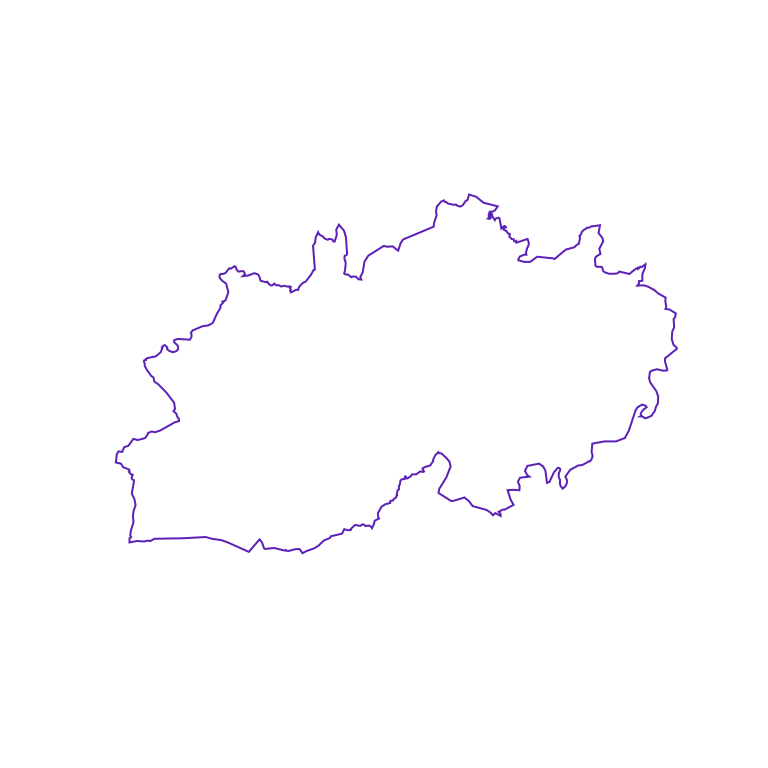 the district of Zontecomatlán de López y Fuentes, Veracruz, Mexico, rotated 337°
{"feature_id": "50627088B36789256479766", "entity_name": "Zontecomatlán de López y Fuentes", "entity_type": "district", "adm_level": 2, "iso_a3": "MEX", "parent_name": "Mexico", "parent_adm1": "Veracruz", "projection": "mercator", "projection_center": [-98.302, 20.736], "detail": "fine", "context": "isolated", "style": "outline", "palette": "violet", "viewbox_px": 768, "rotation_deg": 337, "n_neighbors": 0, "source": "geoboundaries", "source_scale": "gbopen_adm2", "svg_char_len": 6159}
<svg xmlns="http://www.w3.org/2000/svg" viewBox="0 0 768 768"><g transform="rotate(337 384 384)"><path d="M298.9,228.5L299.1,226.3L298.4,225.0L293.8,223.6L293.1,221.1L293.2,217.8L292.5,217.2L287.9,218.0L286.7,217.0L281.5,219.9L278.4,219.7L276.9,218.9L275.4,219.4L274.2,221.5L274.3,222.5L275.5,226.0L277.9,229.8L276.7,238.5L271.4,244.5L269.7,245.4L267.5,245.0L267.7,246.3L264.2,247.7L263.1,250.1L257.7,254.0L250.1,261.0L244.9,261.4L239.7,259.9L228.9,259.9L226.2,261.4L226.3,262.9L225.1,265.5L222.7,267.4L211.8,262.0L208.1,261.6L207.2,263.3L209.2,268.4L208.1,271.6L205.6,272.6L201.9,272.2L199.0,269.2L197.9,267.0L198.9,265.6L197.5,262.5L195.2,262.6L194.9,263.3L193.7,263.6L193.8,264.6L190.8,267.5L184.7,269.4L176.6,267.7L174.7,267.9L174.4,268.9L172.7,268.5L171.8,269.1L171.8,271.1L170.8,274.1L171.1,277.4L172.9,285.7L174.3,287.6L173.6,292.2L176.0,295.8L180.2,306.5L183.5,319.1L181.9,325.3L179.6,326.8L181.2,330.1L180.9,333.6L181.6,335.8L180.8,338.1L176.6,337.5L159.2,339.4L154.4,338.9L151.4,336.9L148.5,336.9L147.3,337.1L146.7,338.2L143.2,340.3L140.7,340.2L135.3,339.3L131.9,336.6L124.5,341.0L120.3,340.6L116.4,344.2L113.3,342.3L110.7,344.1L106.5,351.5L110.8,354.6L111.3,358.5L116.0,363.2L115.7,365.0L114.8,365.2L115.7,368.1L117.2,369.3L114.9,371.8L114.9,373.3L116.1,374.7L116.0,375.6L109.0,386.4L109.3,392.1L108.1,398.3L103.6,403.4L101.3,407.5L99.3,413.5L93.8,419.9L91.2,424.4L91.5,426.1L89.4,426.7L87.8,430.4L95.3,432.0L101.3,435.1L105.7,436.0L107.3,437.3L111.9,436.8L113.8,437.4L138.3,447.3L160.1,455.2L165.3,459.4L173.2,464.1L178.3,468.8L194.0,485.7L208.7,478.4L209.8,482.0L209.4,488.3L210.2,489.4L218.9,492.1L227.7,498.7L228.7,498.4L229.0,499.3L230.9,500.4L238.4,501.5L241.8,503.0L242.9,507.9L247.1,507.5L255.6,508.0L260.5,507.2L267.7,504.5L274.2,504.6L275.5,503.4L286.4,505.3L287.3,505.1L290.7,502.1L293.7,504.6L296.4,505.4L297.0,504.3L302.4,502.5L306.6,505.3L309.3,504.8L310.8,505.8L311.5,507.6L314.7,508.3L316.5,510.6L316.7,512.0L319.9,509.1L322.0,506.2L326.8,505.9L326.7,504.1L327.8,500.6L333.6,496.1L337.9,495.2L343.3,495.9L344.0,494.2L346.9,494.7L347.7,493.9L351.0,493.1L351.6,491.9L352.6,491.7L352.8,490.2L355.3,486.9L356.7,486.7L357.8,483.8L359.4,482.6L361.4,479.3L363.0,478.7L365.5,479.4L367.3,477.3L367.9,477.5L367.6,479.8L368.4,480.0L372.6,479.4L374.4,478.2L378.5,479.7L383.3,478.6L385.5,480.2L386.6,480.2L386.4,476.8L389.1,476.4L394.7,477.0L399.1,474.2L399.6,472.9L403.1,469.8L407.3,468.0L407.2,468.9L409.6,470.2L412.5,476.5L413.9,480.9L413.2,485.8L404.8,494.4L393.9,502.1L391.6,505.6L400.1,517.9L401.9,518.6L413.7,519.9L416.4,524.9L417.9,531.0L429.3,540.1L431.8,544.0L433.0,547.4L436.0,546.3L439.8,551.0L440.6,548.7L439.6,546.5L444.2,546.0L446.0,546.8L456.0,545.9L455.4,539.7L456.3,530.0L462.1,532.1L467.1,534.7L469.0,530.9L469.1,526.3L472.6,523.4L481.6,526.1L480.2,523.7L479.8,519.2L484.0,515.4L495.6,517.9L498.3,522.1L498.7,526.8L495.4,538.7L498.1,538.8L505.9,531.7L511.3,529.1L512.4,529.8L513.0,531.0L512.4,532.3L510.0,534.5L508.4,538.1L508.6,541.0L506.9,544.7L506.7,547.2L507.6,550.1L511.2,549.0L513.4,546.9L514.9,544.1L514.8,540.0L522.0,535.7L531.1,534.9L535.1,536.1L543.0,535.2L543.3,535.6L545.2,534.8L547.9,531.9L548.5,527.7L552.5,520.3L564.6,523.0L575.1,527.5L584.6,527.8L591.2,522.6L605.0,506.8L608.3,504.5L613.6,503.8L616.5,506.4L616.7,508.0L612.7,509.0L610.1,510.5L608.5,511.8L608.6,513.9L607.3,514.0L609.1,514.9L610.9,517.5L612.2,517.9L617.7,517.8L622.5,514.8L625.7,511.0L628.6,508.8L631.5,502.6L631.9,497.1L629.7,486.6L630.2,482.4L633.4,477.0L634.6,476.3L640.9,477.0L646.0,480.7L649.8,482.1L650.4,481.6L651.5,472.6L652.9,470.1L667.4,466.0L667.5,464.6L665.8,461.0L666.4,455.2L669.9,448.2L673.2,445.3L675.9,437.5L677.9,436.5L680.2,433.0L675.9,427.0L672.4,424.9L674.1,422.9L675.2,418.0L677.0,414.5L672.0,408.1L669.3,402.8L665.3,397.8L662.0,394.8L655.6,392.4L657.9,391.2L658.8,388.9L662.1,389.9L665.0,383.5L669.6,379.2L671.4,375.9L667.0,377.1L665.7,376.1L664.1,377.0L663.3,376.1L662.4,377.3L661.1,376.2L652.8,378.6L644.5,372.4L643.2,373.2L641.1,373.2L634.4,370.6L630.7,367.3L629.9,365.1L630.4,361.8L629.1,360.6L625.9,359.5L624.9,357.8L626.8,351.8L627.8,350.4L629.1,349.6L634.1,348.8L635.0,343.7L641.6,338.2L642.1,335.1L640.5,328.8L644.9,322.3L636.1,319.9L634.5,320.3L631.5,319.4L630.3,320.1L628.0,320.2L625.6,321.3L622.8,324.1L621.8,324.0L621.5,326.3L618.0,331.2L615.7,331.2L612.7,332.5L603.9,331.3L589.7,335.6L588.9,334.5L574.7,326.7L566.3,328.7L560.8,326.4L556.0,322.6L556.5,321.6L559.0,319.7L563.9,319.8L565.6,320.6L565.9,318.7L568.7,315.0L571.3,312.8L572.5,310.4L572.8,306.6L561.2,305.6L561.6,304.0L560.4,304.2L559.5,303.2L560.0,301.5L558.2,300.4L557.0,297.3L558.4,295.0L556.9,293.8L556.4,290.8L554.7,289.3L554.6,287.8L556.0,286.9L557.1,287.6L557.6,287.1L556.8,285.7L554.1,285.9L552.8,286.6L555.0,276.6L554.4,275.6L552.6,275.5L551.1,275.4L550.1,276.4L549.1,271.6L549.9,270.2L549.1,269.0L547.4,270.7L547.4,272.2L546.6,273.2L545.4,273.2L544.3,272.3L545.4,271.9L546.5,269.1L548.6,266.7L551.3,267.8L554.1,267.5L558.1,264.9L546.6,256.2L542.0,247.7L536.3,242.8L532.7,247.3L530.5,247.5L526.6,250.1L523.5,250.5L521.3,248.7L520.3,246.9L518.2,246.3L513.3,242.8L512.5,241.0L511.1,240.1L510.8,238.3L508.0,238.4L502.0,241.3L499.4,245.3L498.3,249.4L493.0,255.3L491.2,258.6L458.4,258.4L454.9,260.3L449.1,266.8L445.7,260.6L440.7,259.0L437.7,256.8L419.8,259.7L413.9,263.7L408.0,272.9L403.9,276.4L403.9,279.0L401.4,277.6L400.0,274.1L397.7,273.0L395.6,272.9L393.8,269.4L391.2,267.9L390.5,266.7L392.5,264.2L396.1,257.6L396.5,253.4L397.6,250.9L400.0,250.5L400.9,249.7L406.3,234.0L407.1,227.3L404.7,219.7L400.3,223.3L398.8,228.3L394.3,233.6L393.0,232.8L393.0,231.2L392.3,230.3L390.1,229.0L388.5,229.2L386.1,226.7L385.5,224.6L382.7,220.8L382.7,218.5L378.5,222.3L375.6,227.1L372.7,229.0L365.1,251.6L363.5,251.7L359.5,254.9L351.7,259.2L348.9,259.2L345.1,260.8L343.4,261.8L341.8,263.9L340.1,263.0L334.1,263.3L334.0,261.4L335.2,260.6L334.8,258.8L336.1,258.2L335.1,257.1L333.5,256.8L330.5,254.6L327.5,254.1L325.6,251.8L323.4,251.1L322.2,248.7L319.3,249.6L318.3,248.8L317.0,246.9L316.5,244.2L314.9,244.1L310.8,240.8L311.2,236.3L310.9,234.2L310.0,233.1L307.8,231.3L301.4,231.1L296.2,229.6L298.9,228.5Z" fill="none" stroke="#5b21b6" stroke-width="2"/></g></svg>